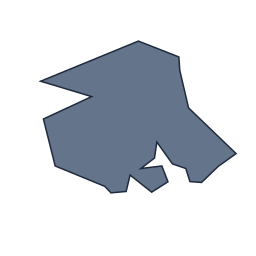 Charlottesville, Virginia, United States of America (Natural Earth projection), rotated 241°
{"feature_id": "52423323B38941447839141", "entity_name": "Charlottesville", "entity_type": "district", "adm_level": 2, "iso_a3": "USA", "parent_name": "United States of America", "parent_adm1": "Virginia", "projection": "natural_earth1", "projection_center": [-78.498, 38.04], "detail": "fine", "context": "isolated", "style": "filled", "palette": "slate", "viewbox_px": 256, "rotation_deg": 241, "n_neighbors": 0, "source": "geoboundaries", "source_scale": "gbopen_adm2", "svg_char_len": 449}
<svg xmlns="http://www.w3.org/2000/svg" viewBox="0 0 256 256"><g transform="rotate(241 128 128)"><path d="M44.7,165.9L50.7,188.3L53.2,210.1L116.2,190.7L153.2,201.2L165.5,206.9L199.0,179.2L211.3,74.2L173.1,111.4L176.9,58.4L130.1,45.9L88.2,79.4L79.5,81.7L73.4,95.6L85.8,107.0L60.4,117.6L61.6,136.9L78.4,139.2L86.3,119.6L88.9,136.6L101.7,146.4L75.0,149.5L64.6,158.9L51.1,156.2L44.7,165.9Z" fill="#64748b" stroke="#1e293b" stroke-width="1.5"/></g></svg>